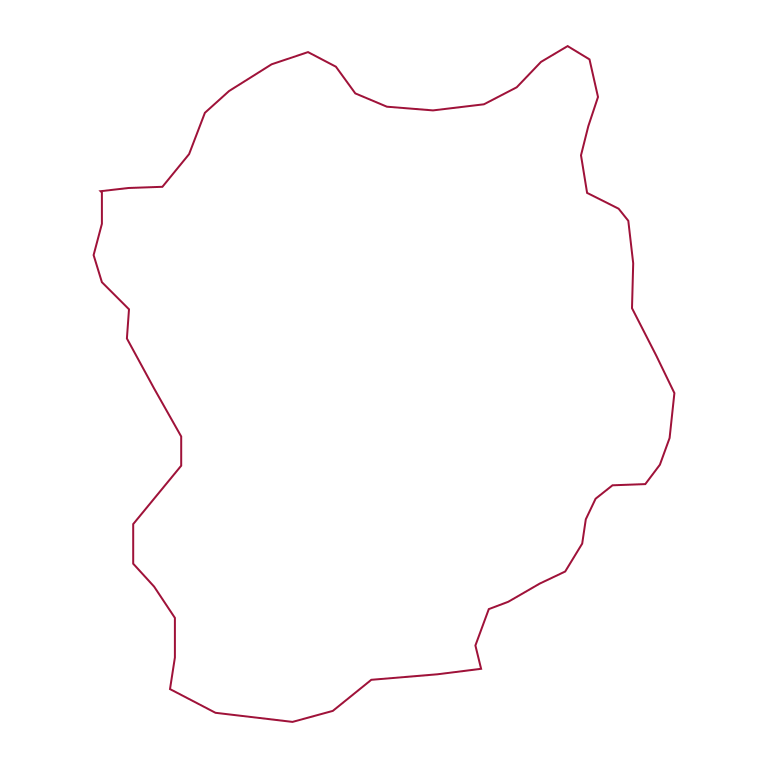 outline of Markaryd, Kronoberg, Sweden
{"feature_id": "70781695B56962203648696", "entity_name": "Markaryd", "entity_type": "district", "adm_level": 2, "iso_a3": "SWE", "parent_name": "Sweden", "parent_adm1": "Kronoberg", "projection": "mercator", "projection_center": [13.654, 56.563], "detail": "fine", "context": "isolated", "style": "outline", "palette": "rose", "viewbox_px": 768, "rotation_deg": 0, "n_neighbors": 0, "source": "geoboundaries", "source_scale": "gbopen_adm2", "svg_char_len": 884}
<svg xmlns="http://www.w3.org/2000/svg" viewBox="0 0 768 768"><path d="M314.5,715.9L332.8,710.9L371.3,679.8L437.3,674.3L480.3,668.9L481.1,668.8L475.4,645.5L488.8,609.1L508.2,601.8L539.7,583.6L565.2,571.5L582.2,543.6L585.8,519.3L595.6,498.7L612.5,485.3L645.3,484.1L659.9,464.7L669.6,438.0L674.4,393.1L656.2,355.5L632.0,308.2L633.2,263.3L628.3,220.8L625.1,216.8L618.6,208.7L587.1,192.9L581.0,155.3L588.3,126.2L598.0,97.0L589.5,59.4L567.6,46.1L541.0,61.9L516.7,87.3L483.9,104.3L433.0,110.4L386.9,106.7L355.3,93.4L335.9,66.7L308.0,52.1L271.6,64.3L229.1,91.0L204.9,112.8L189.1,154.1L162.4,186.8L128.4,188.0L100.6,191.2L101.9,192.5L101.9,223.8L93.6,255.1L101.9,282.2L129.0,309.3L126.9,338.5L154.1,388.5L181.2,436.5L181.2,465.7L133.2,524.1L133.2,563.7L154.1,586.6L174.9,617.9L174.9,657.5L170.0,689.1L215.5,712.8L292.5,721.9L314.5,715.9Z" fill="none" stroke="#9f1239" stroke-width="2"/></svg>